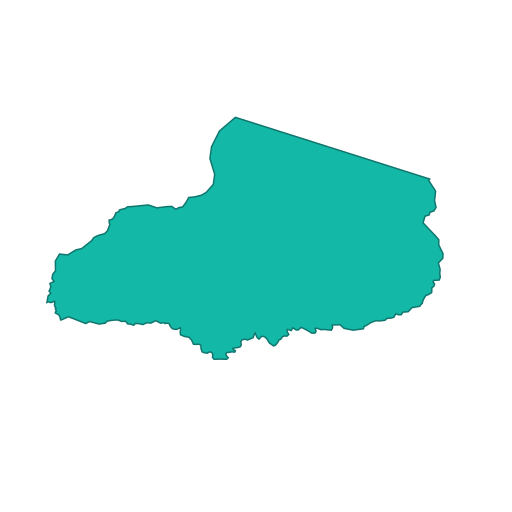 Bamingui, Bamingui-Bangoran, Central African Republic (Natural Earth projection), rotated 301°
{"feature_id": "33826404B40726346610529", "entity_name": "Bamingui", "entity_type": "district", "adm_level": 2, "iso_a3": "CAF", "parent_name": "Central African Republic", "parent_adm1": "Bamingui-Bangoran", "projection": "natural_earth1", "projection_center": [19.692, 7.894], "detail": "fine", "context": "isolated", "style": "filled", "palette": "teal", "viewbox_px": 512, "rotation_deg": 301, "n_neighbors": 0, "source": "geoboundaries", "source_scale": "gbopen_adm2", "svg_char_len": 3170}
<svg xmlns="http://www.w3.org/2000/svg" viewBox="0 0 512 512"><g transform="rotate(301 256 256)"><path d="M108.5,100.7L109.1,101.1L109.5,101.3L109.9,102.1L110.0,102.9L110.4,104.1L111.6,105.3L112.9,106.1L113.3,106.4L113.4,106.8L113.2,107.2L112.0,107.6L111.1,108.2L110.5,108.3L109.2,109.5L108.3,111.4L107.8,111.1L107.0,111.6L106.0,113.2L104.5,112.9L103.8,113.4L104.0,117.4L102.3,119.9L100.9,121.0L100.6,121.8L105.4,125.2L107.3,126.5L108.5,133.2L110.4,144.8L114.1,147.1L116.8,156.5L120.7,161.3L123.4,162.0L126.0,164.8L128.5,168.1L130.1,170.8L130.6,174.4L131.8,176.1L132.9,177.9L132.5,178.9L131.7,181.0L132.6,182.6L133.3,184.9L133.7,186.9L136.0,187.3L137.7,190.4L139.0,194.4L142.4,196.7L144.5,200.6L148.9,203.3L149.3,208.9L151.3,211.2L151.3,212.9L152.7,214.4L153.3,216.4L151.6,218.7L150.6,221.9L151.6,224.7L152.5,226.1L155.5,227.9L154.5,229.0L152.0,230.1L149.6,231.8L150.2,236.2L151.8,240.3L150.9,243.8L148.2,247.8L149.2,250.0L150.4,251.5L151.3,253.7L150.7,255.0L148.2,256.6L146.1,259.3L146.4,261.4L147.7,264.4L149.9,265.5L150.6,267.7L149.3,269.7L146.7,270.9L145.9,273.2L149.8,279.4L152.3,284.0L154.5,284.6L154.9,283.0L156.1,280.7L158.0,280.5L161.6,285.0L162.6,287.2L164.1,287.2L164.3,284.0L165.2,283.9L168.1,287.4L170.2,289.4L172.5,289.0L174.4,287.2L176.7,287.1L178.1,288.3L179.2,289.9L179.6,292.0L182.5,294.1L184.6,295.7L186.9,295.0L189.5,294.9L188.6,296.2L186.7,298.9L186.3,301.4L190.0,302.2L191.3,304.6L190.5,308.2L188.3,312.3L188.0,317.5L189.6,318.6L193.8,319.2L196.0,318.9L197.4,320.1L198.9,320.2L200.4,320.2L201.9,321.3L203.3,323.8L205.6,324.5L207.5,321.2L209.3,320.7L210.1,324.5L213.4,324.6L213.3,328.6L214.4,330.3L218.0,331.4L218.4,334.1L218.7,338.8L218.6,343.4L220.2,346.2L222.3,346.3L224.4,344.1L225.6,345.6L226.3,349.6L228.3,352.6L231.2,358.8L233.9,358.6L236.2,357.0L240.4,363.5L239.3,368.7L242.4,377.4L247.2,383.4L249.0,385.6L251.2,384.9L253.2,386.3L258.3,388.9L262.2,392.0L263.8,395.0L265.7,397.6L267.4,399.7L270.0,400.4L272.1,403.4L274.3,405.7L278.4,405.6L279.2,408.8L280.6,410.8L283.4,410.7L286.7,415.2L291.9,416.2L294.1,418.6L297.2,422.3L298.9,422.3L301.2,422.9L303.1,422.2L306.5,421.8L309.8,422.0L311.5,423.5L314.0,424.9L315.1,425.4L316.9,424.5L319.3,423.1L321.5,424.0L323.5,423.8L324.4,422.7L325.0,421.1L326.6,420.9L329.7,425.4L332.7,424.9L335.8,422.4L339.4,420.7L344.0,415.9L350.3,417.3L354.3,415.1L359.6,407.0L364.1,404.3L365.7,399.4L368.6,388.8L370.5,382.1L377.2,380.4L380.3,383.2L383.1,382.6L386.2,385.3L390.4,385.3L395.6,380.4L399.3,378.8L404.1,376.5L409.7,365.1L411.4,365.2L364.2,166.9L344.3,160.3L326.8,161.6L315.8,166.3L304.8,178.5L295.4,182.5L284.9,180.6L279.9,177.8L275.1,173.0L271.5,168.2L265.8,168.4L260.1,167.8L258.1,165.2L254.8,163.2L255.1,158.2L252.6,154.4L246.2,146.2L244.3,137.4L234.5,124.2L232.0,120.5L229.2,119.3L227.2,117.1L225.0,115.2L223.4,115.6L220.9,113.7L217.3,114.2L214.7,114.2L212.2,112.9L211.1,111.6L208.8,113.2L207.7,114.5L203.8,115.2L200.8,115.7L197.2,114.7L192.2,110.0L188.2,107.5L184.5,107.2L172.6,102.8L168.4,98.4L159.9,94.0L156.5,86.6L148.3,86.6L140.2,91.7L135.7,91.2L131.6,92.7L130.2,96.0L126.3,93.5L123.6,96.2L119.3,96.7L118.5,99.2L114.6,98.4L108.5,100.7Z" fill="#14b8a6" stroke="#0f766e" stroke-width="1.5"/></g></svg>